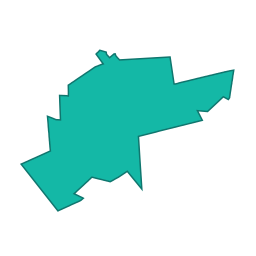 Atil, Sonora, Mexico (Robinson projection), rotated 87°
{"feature_id": "50627088B76785012932059", "entity_name": "Atil", "entity_type": "district", "adm_level": 2, "iso_a3": "MEX", "parent_name": "Mexico", "parent_adm1": "Sonora", "projection": "robinson", "projection_center": [-111.551, 30.829], "detail": "fine", "context": "isolated", "style": "filled", "palette": "teal", "viewbox_px": 256, "rotation_deg": 87, "n_neighbors": 0, "source": "geoboundaries", "source_scale": "gbopen_adm2", "svg_char_len": 2900}
<svg xmlns="http://www.w3.org/2000/svg" viewBox="0 0 256 256"><g transform="rotate(87 128 128)"><path d="M158.5,236.6L207.1,202.3L207.0,202.1L206.9,201.8L206.5,201.0L206.0,199.6L205.6,198.5L205.0,197.1L204.4,195.5L204.0,194.5L203.6,193.5L203.1,192.2L202.6,190.8L201.8,189.1L201.6,188.5L201.3,187.8L201.0,187.0L200.7,186.1L200.3,185.2L200.0,184.3L199.6,183.4L199.3,182.4L198.4,180.2L198.3,179.9L197.6,178.6L197.1,178.0L196.5,177.2L195.8,176.3L195.1,177.4L193.9,179.7L192.6,182.0L191.8,183.5L190.8,185.3L190.1,184.4L189.3,183.4L188.2,182.2L186.8,180.5L185.5,178.9L184.5,177.7L182.6,175.4L181.3,173.9L179.9,172.2L178.9,170.9L178.0,170.0L177.2,169.0L176.5,168.1L175.8,167.4L175.2,166.6L175.7,165.0L176.4,162.8L177.2,160.2L177.8,158.0L178.1,157.0L178.4,156.0L178.9,154.6L179.2,153.4L179.4,152.8L179.7,151.9L180.0,150.7L180.4,149.6L180.7,148.6L180.3,147.7L179.3,145.6L178.7,144.5L178.2,143.5L177.9,142.9L176.6,140.1L171.2,131.0L189.7,117.4L158.7,117.8L136.9,118.0L133.4,100.1L132.8,97.7L132.6,96.7L124.2,53.4L114.3,57.8L115.7,47.7L101.8,31.2L104.8,26.3L103.1,25.0L102.8,24.9L102.4,24.9L101.9,24.8L101.1,24.6L98.4,24.1L94.7,23.3L92.1,22.8L90.6,22.5L89.1,22.1L87.6,21.9L87.1,21.8L86.5,21.6L86.1,21.5L85.6,21.4L84.2,21.1L83.0,20.9L81.8,20.7L81.2,20.6L80.4,20.4L79.7,20.2L78.5,20.0L77.8,19.8L77.6,19.8L77.0,19.6L76.2,19.5L75.8,19.4L76.3,23.6L76.5,24.5L76.6,25.4L76.7,26.0L76.8,26.6L76.9,27.0L77.0,27.5L77.0,28.1L77.1,28.3L77.1,28.7L77.2,29.0L77.3,29.2L77.4,30.0L77.6,31.1L77.7,31.7L77.7,31.9L77.8,32.0L77.9,32.7L78.0,33.4L78.2,34.1L78.2,34.6L78.3,35.0L78.5,35.7L78.5,35.9L78.5,36.3L78.7,37.0L78.8,37.8L79.0,38.7L79.1,39.5L79.3,40.0L79.4,40.8L79.5,41.2L79.6,41.8L79.7,42.0L79.7,42.3L79.7,42.6L79.8,43.3L79.9,43.9L80.1,44.6L80.3,45.7L80.5,46.6L80.6,47.6L81.0,49.6L81.3,51.1L81.4,51.6L81.4,52.1L81.4,52.3L81.6,52.6L81.8,53.7L82.0,55.0L82.1,55.7L82.4,57.2L82.6,58.1L82.9,59.6L83.1,60.7L83.3,61.9L83.5,63.0L83.8,64.3L84.3,67.1L84.4,67.6L84.6,68.9L84.8,69.9L85.0,71.0L85.1,71.8L85.3,72.6L85.5,73.7L85.8,75.1L85.9,75.5L86.1,75.7L86.2,76.6L86.4,77.6L86.5,78.4L86.5,78.9L86.4,79.7L59.3,82.3L59.6,132.9L58.6,133.7L57.0,135.1L56.1,135.7L54.9,136.6L53.5,136.8L53.7,137.3L53.2,137.9L56.8,142.7L53.3,145.6L51.1,145.8L48.9,152.1L49.8,153.0L50.9,154.1L51.5,155.0L52.5,156.0L62.7,149.4L63.0,150.7L65.3,157.6L67.3,160.9L69.0,163.6L70.9,166.9L72.2,169.0L73.5,171.1L74.5,172.8L75.8,175.0L77.7,178.1L78.5,179.3L79.9,181.8L80.4,182.5L81.5,184.3L82.1,185.4L89.1,185.6L92.9,185.9L92.8,186.4L92.7,187.1L92.5,187.8L92.4,189.2L92.3,190.3L91.9,194.6L116.4,195.0L115.9,199.5L114.5,202.4L114.0,203.5L112.1,207.8L116.9,207.6L120.3,207.5L122.7,207.5L124.9,207.4L126.4,207.4L127.6,207.3L129.0,207.2L130.0,207.2L131.1,207.2L132.6,207.2L134.5,207.1L135.4,207.1L136.7,207.1L137.5,207.0L138.5,207.0L139.5,207.0L140.9,206.9L142.3,206.9L144.5,206.8L146.9,206.7L147.6,208.6L158.5,236.6Z" fill="#14b8a6" stroke="#0f766e" stroke-width="1.5"/></g></svg>